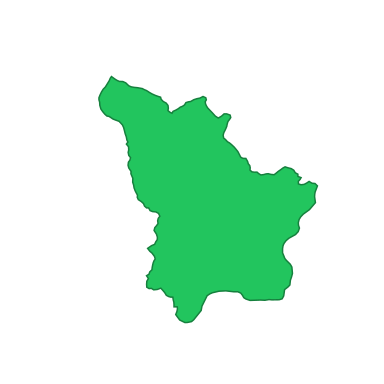 outline of Conquista, Minas Gerais, Brazil, rotated 318°
{"feature_id": "56859067B32516427424579", "entity_name": "Conquista", "entity_type": "district", "adm_level": 2, "iso_a3": "BRA", "parent_name": "Brazil", "parent_adm1": "Minas Gerais", "projection": "mercator", "projection_center": [-47.62, -19.86], "detail": "fine", "context": "isolated", "style": "filled", "palette": "green", "viewbox_px": 384, "rotation_deg": 318, "n_neighbors": 0, "source": "geoboundaries", "source_scale": "gbopen_adm2", "svg_char_len": 3479}
<svg xmlns="http://www.w3.org/2000/svg" viewBox="0 0 384 384"><g transform="rotate(318 192 192)"><path d="M289.3,271.4L289.1,268.0L287.0,265.7L286.1,262.5L283.3,262.1L280.5,261.4L277.9,259.6L276.5,257.2L278.2,255.2L280.6,255.0L282.7,254.3L281.1,251.3L282.6,249.6L281.6,246.8L282.2,243.9L281.4,241.0L279.5,238.2L278.0,235.6L275.5,235.0L272.9,234.8L270.1,234.4L267.0,234.3L264.6,234.1L262.4,231.7L260.9,229.4L259.1,228.1L256.9,227.0L254.6,225.4L253.9,223.0L253.6,220.7L251.8,219.2L250.0,217.1L249.8,214.5L251.5,212.9L252.6,211.0L252.7,208.7L253.8,206.4L254.5,203.1L252.3,201.0L251.5,198.7L252.2,196.2L253.1,192.8L253.3,189.7L253.4,186.9L253.1,183.2L252.7,180.6L252.0,178.4L252.0,175.3L251.6,173.2L253.1,170.7L255.3,169.2L257.2,168.5L259.6,167.5L261.7,166.5L263.4,165.2L265.8,163.7L268.5,163.2L270.6,162.6L271.8,160.4L270.1,157.2L268.1,155.4L264.7,155.4L261.0,154.6L260.1,151.2L260.1,146.7L260.0,143.9L259.9,140.1L260.3,137.8L261.0,135.6L262.2,133.8L264.3,133.1L265.3,131.2L264.1,128.4L260.7,127.5L258.2,126.0L255.1,124.6L251.7,123.9L249.5,122.5L247.3,121.5L244.6,122.3L242.1,121.9L240.1,121.1L237.5,120.9L234.7,120.3L231.9,119.4L229.8,120.1L228.9,117.7L228.6,115.4L230.5,113.9L232.1,111.6L232.3,108.6L231.2,105.5L231.1,102.5L232.1,100.5L230.8,98.3L229.3,95.5L227.9,92.3L227.0,89.6L226.1,86.2L225.0,83.9L224.3,81.9L222.9,80.1L221.2,77.9L219.0,75.5L217.2,73.2L216.1,70.8L215.8,66.6L214.5,63.6L212.0,61.2L210.9,58.7L210.2,56.1L209.4,52.3L207.3,52.8L205.0,53.9L202.6,54.6L200.6,55.2L197.8,56.0L194.8,56.2L191.7,57.1L188.5,58.4L185.9,59.7L184.5,61.3L183.5,63.4L181.5,65.9L179.8,69.4L179.4,72.8L179.3,76.0L179.6,78.6L180.9,80.3L181.5,82.4L182.1,84.9L183.4,87.5L185.1,90.7L185.2,95.5L184.3,98.4L183.0,100.9L181.3,104.1L180.1,107.0L178.4,109.8L177.8,112.0L175.3,112.5L175.1,115.9L173.1,118.4L171.1,119.8L169.5,122.5L169.3,125.4L167.1,126.8L164.7,127.3L162.4,129.3L161.1,131.8L160.5,135.9L158.8,137.6L158.1,139.6L157.2,142.2L154.5,145.0L153.2,147.9L151.7,150.2L150.6,153.0L149.9,155.6L149.4,157.8L147.7,159.4L147.0,161.8L147.9,165.1L148.2,168.2L147.3,170.7L147.6,173.4L149.1,174.8L148.4,177.8L149.6,180.2L151.8,182.6L152.8,185.5L151.9,188.5L149.3,189.0L147.2,190.4L145.7,192.7L143.0,193.3L140.5,193.6L138.1,195.2L137.4,199.5L136.1,202.3L134.4,204.1L131.7,204.8L129.2,205.9L126.1,204.8L123.8,204.5L121.3,204.2L121.0,207.8L121.4,210.7L121.0,214.8L119.8,217.2L117.7,217.7L115.9,218.6L114.1,219.8L112.1,221.3L110.2,223.0L107.2,223.1L105.0,224.3L102.2,223.8L101.7,227.1L98.7,228.1L96.5,230.2L94.7,232.5L95.5,235.1L97.3,236.4L98.1,239.1L101.0,241.2L104.5,242.6L104.5,245.3L104.4,248.4L103.8,251.6L104.7,254.1L105.8,255.8L107.4,257.3L105.8,259.7L104.8,261.7L103.4,263.5L101.8,265.3L104.2,267.5L102.9,269.2L100.7,270.8L97.9,272.2L97.6,274.8L97.2,278.9L98.4,281.9L99.4,284.3L101.0,285.7L104.9,288.0L107.8,288.1L119.5,286.2L123.0,283.5L133.8,279.2L136.9,279.6L139.7,280.5L145.7,283.8L151.0,288.1L156.1,293.9L159.3,296.8L160.6,299.8L160.4,302.4L159.8,305.2L160.4,307.5L162.6,311.4L170.6,318.1L173.7,321.2L177.3,323.5L179.2,325.6L184.7,330.4L187.5,331.7L190.6,330.6L195.5,326.5L199.8,326.8L202.5,326.6L206.1,323.4L209.0,321.8L212.2,319.7L216.0,314.6L216.7,311.4L216.4,306.0L216.5,303.5L217.6,300.6L218.6,297.8L221.4,294.7L223.6,292.9L225.9,291.8L229.3,291.1L233.2,291.2L240.5,292.9L244.4,292.5L247.7,290.7L248.8,288.1L250.4,286.0L253.2,284.1L256.2,283.2L259.9,282.9L267.5,283.7L276.6,282.5L279.9,277.6L281.7,275.8L283.5,274.4L289.3,271.4Z" fill="#22c55e" stroke="#15803d" stroke-width="1.5"/></g></svg>